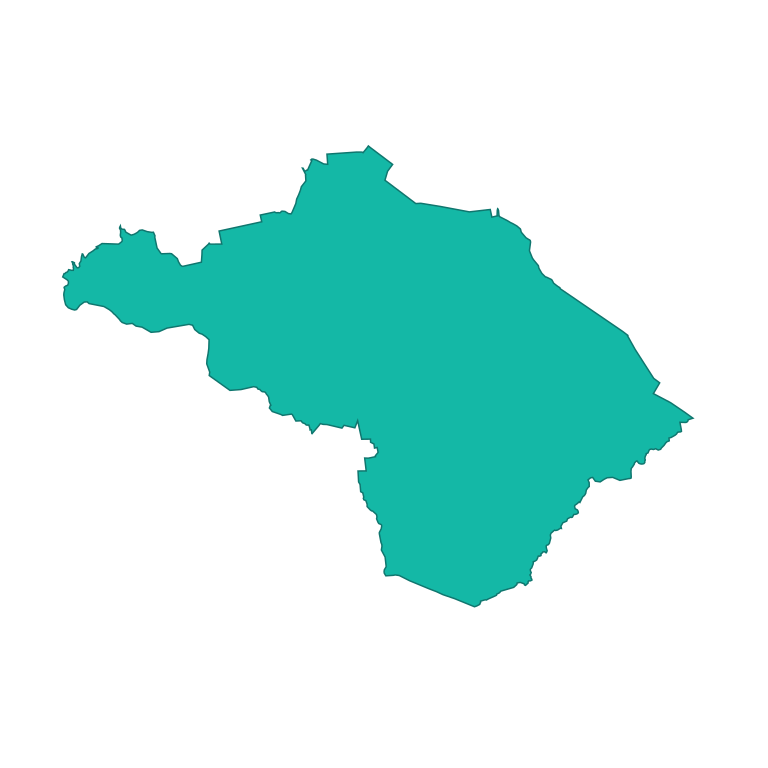 Meoqui, Chihuahua, Mexico (Mercator projection), rotated 168°
{"feature_id": "50627088B21598242186115", "entity_name": "Meoqui", "entity_type": "district", "adm_level": 2, "iso_a3": "MEX", "parent_name": "Mexico", "parent_adm1": "Chihuahua", "projection": "mercator", "projection_center": [-105.475, 28.358], "detail": "fine", "context": "isolated", "style": "filled", "palette": "teal", "viewbox_px": 768, "rotation_deg": 168, "n_neighbors": 0, "source": "geoboundaries", "source_scale": "gbopen_adm2", "svg_char_len": 6165}
<svg xmlns="http://www.w3.org/2000/svg" viewBox="0 0 768 768"><g transform="rotate(168 384 384)"><path d="M349.8,620.1L351.4,618.6L356.4,614.6L357.1,615.3L357.8,615.5L362.9,616.6L392.0,620.7L393.4,610.6L397.3,611.8L403.5,617.0L406.7,618.8L408.0,619.0L409.0,618.4L408.2,617.5L414.3,609.1L414.9,609.3L417.3,608.4L418.3,611.9L418.9,612.1L417.0,605.1L417.3,604.8L418.2,598.9L423.8,594.2L425.6,590.7L428.1,586.9L431.0,583.0L432.7,578.9L438.3,570.9L439.6,569.7L442.1,570.6L445.0,573.4L447.8,574.3L448.6,574.1L449.6,573.3L450.5,573.1L451.2,573.3L451.9,573.7L453.1,573.7L454.5,574.3L455.2,575.0L469.9,575.0L469.9,568.1L513.5,567.9L513.6,554.6L524.3,556.8L525.6,557.3L525.6,558.0L526.0,558.0L526.1,557.6L534.1,552.8L535.2,548.3L537.3,541.1L556.4,540.9L557.3,541.4L558.4,542.6L558.8,543.8L559.6,546.2L560.1,549.6L564.7,555.6L566.4,556.2L574.5,557.6L575.0,558.0L577.7,564.2L577.7,573.0L577.7,575.2L577.2,576.6L578.0,580.4L579.6,580.6L584.0,582.3L588.3,584.9L589.0,585.0L591.2,585.1L593.2,583.8L594.6,583.2L597.3,582.4L600.4,582.2L604.5,585.8L605.0,586.4L605.5,588.7L606.0,589.4L606.9,589.5L608.1,590.0L608.6,590.5L609.1,591.6L609.0,593.4L610.0,592.2L610.3,591.1L609.7,589.4L610.1,586.9L611.0,584.4L611.0,582.6L610.0,581.3L610.2,578.9L610.5,578.2L611.0,577.7L614.5,576.0L630.6,580.0L634.3,578.6L637.0,578.0L636.9,577.4L635.5,576.8L635.4,576.4L636.5,576.0L638.2,576.1L641.0,574.7L645.5,573.0L649.6,569.5L649.9,569.5L650.9,570.5L651.5,573.2L651.7,573.8L652.1,574.0L653.4,571.5L654.9,567.3L657.0,565.1L657.1,562.4L658.5,561.3L659.6,561.3L660.1,561.6L661.9,565.6L661.6,567.0L663.4,568.4L663.8,568.4L663.4,566.9L663.6,565.9L663.3,564.1L663.8,562.5L663.6,561.9L664.3,559.8L666.3,560.2L666.6,560.5L668.7,561.4L669.5,560.2L670.7,559.3L671.9,559.2L673.0,558.4L674.0,558.5L676.0,555.5L672.4,551.9L671.6,550.7L671.4,549.8L671.9,547.8L672.9,546.4L675.1,546.0L676.8,545.1L676.8,544.3L676.6,542.8L678.1,539.7L678.7,537.7L679.1,532.9L678.9,527.7L676.9,524.2L674.0,522.1L671.2,520.7L669.2,520.8L665.1,524.3L660.1,526.5L657.2,526.0L655.8,524.0L641.8,518.0L637.2,513.8L635.2,511.4L633.6,508.7L632.6,507.6L629.3,502.1L628.7,500.6L627.3,498.6L623.3,496.1L617.6,495.6L614.5,492.2L608.8,489.9L601.1,483.0L593.2,482.0L584.6,483.8L562.3,482.9L559.0,481.3L557.8,476.6L554.2,472.1L551.6,470.6L548.5,467.4L545.9,463.7L547.9,455.5L549.7,450.4L552.1,444.6L553.2,440.6L552.0,431.9L553.2,428.6L536.0,409.8L525.0,408.3L512.0,408.5L509.1,407.2L508.4,405.3L506.5,404.4L506.0,403.3L504.7,401.8L502.4,401.1L501.6,400.1L501.1,398.5L500.2,396.9L499.6,395.1L499.9,390.5L499.1,386.7L500.2,386.1L500.4,385.3L501.1,384.4L499.0,380.3L491.0,375.5L489.8,374.4L480.7,373.8L480.0,373.0L477.9,366.1L472.9,365.3L471.7,363.0L470.1,362.0L469.3,361.3L468.8,360.3L468.2,359.9L466.0,359.4L465.7,355.2L465.9,354.5L464.6,354.3L464.9,350.7L464.7,350.4L456.3,356.9L454.5,358.5L452.0,357.2L448.2,356.2L434.3,349.6L431.7,351.9L421.6,347.2L417.4,353.6L417.3,334.6L408.7,332.9L409.2,329.8L406.3,327.4L406.6,323.3L403.9,323.3L404.0,318.3L407.4,315.6L407.4,314.7L414.8,314.7L418.3,315.6L419.5,302.7L427.5,304.3L429.2,293.5L428.3,290.7L429.2,283.5L427.4,282.0L427.3,277.5L428.0,276.5L427.8,275.0L426.0,273.7L425.5,270.0L426.0,267.6L423.7,263.8L422.6,262.5L421.6,262.2L418.5,257.9L418.5,255.4L419.3,253.7L418.6,249.9L418.1,248.6L416.0,247.1L415.7,246.3L415.8,245.5L416.9,242.8L419.4,239.8L419.7,238.5L419.9,229.7L419.5,227.3L419.8,225.5L421.1,222.2L418.9,214.5L419.8,205.3L420.0,204.7L422.3,202.2L422.9,200.6L423.1,199.0L422.1,196.0L414.5,194.9L412.7,194.9L408.9,193.5L399.8,186.2L382.2,174.1L375.9,170.0L370.0,165.6L359.3,159.2L341.8,147.3L339.4,147.6L336.2,148.5L336.2,148.8L334.9,150.3L334.7,151.5L329.8,151.9L328.8,151.4L326.5,152.1L318.9,153.7L317.9,154.0L317.4,155.0L314.4,155.8L312.8,157.1L299.4,158.1L295.8,160.2L295.1,161.7L292.0,161.6L288.5,159.5L288.3,158.2L287.4,157.6L284.4,159.4L284.2,160.6L283.5,161.3L281.7,161.0L280.1,161.4L280.0,162.3L280.5,163.5L280.3,165.3L280.8,166.1L281.0,166.9L280.2,167.4L279.2,169.0L279.6,170.5L279.5,172.0L278.9,172.8L277.8,173.4L275.5,177.0L274.9,179.2L273.6,179.2L271.3,180.1L270.1,181.6L269.0,183.5L268.3,183.6L267.9,183.3L266.4,183.4L265.9,183.9L265.8,185.2L264.3,185.9L263.5,186.7L261.6,186.5L260.9,185.4L260.3,185.2L259.1,186.9L259.3,189.8L259.1,191.8L258.5,192.4L256.6,192.7L255.3,193.9L252.9,198.7L252.7,201.7L251.7,203.3L247.6,205.6L246.5,205.0L244.4,205.1L241.5,206.2L240.5,205.8L240.5,208.1L237.9,211.1L233.8,211.9L232.5,214.0L229.4,214.9L228.3,214.5L227.4,214.6L225.5,216.9L224.1,216.7L222.3,216.8L220.7,217.6L220.6,219.3L221.1,220.7L223.0,222.3L223.0,224.8L222.6,225.6L219.9,226.8L217.5,228.2L217.0,227.4L213.1,232.3L211.1,233.3L209.5,235.0L208.1,238.3L205.8,240.4L204.6,241.0L203.8,244.8L204.4,247.8L201.4,249.3L199.3,249.2L197.5,245.0L192.9,243.3L188.3,245.1L185.2,245.9L179.7,245.1L173.3,240.7L163.8,240.6L163.2,240.4L161.9,240.6L161.5,241.7L160.6,247.2L159.7,250.0L158.1,251.3L156.6,252.8L155.7,253.8L155.6,254.4L155.1,254.9L153.6,255.9L152.6,256.2L151.2,253.5L149.9,252.6L148.5,252.1L147.1,252.0L146.3,252.1L145.2,253.0L144.9,254.5L144.3,255.2L144.2,255.9L144.4,256.9L143.6,258.7L142.8,259.8L142.2,260.4L142.0,261.4L140.1,261.7L138.4,264.2L137.7,264.7L136.1,264.8L134.0,263.9L131.7,264.2L129.5,262.4L127.0,262.6L126.0,263.7L122.9,265.7L120.5,267.9L119.2,268.7L116.8,269.1L116.5,271.9L114.3,272.0L109.9,273.4L108.2,274.3L107.2,275.4L106.4,275.8L103.8,275.5L102.9,275.8L102.7,277.4L102.5,285.0L96.7,283.6L95.4,283.9L94.4,284.7L93.9,285.8L88.9,286.3L95.7,293.8L107.5,306.1L122.5,318.6L114.1,327.8L119.0,333.4L131.2,365.7L135.8,380.6L135.4,380.9L139.7,385.9L191.8,440.5L191.9,441.6L193.7,443.3L197.1,447.3L198.0,450.6L198.5,451.4L202.9,454.8L203.8,455.1L206.6,459.4L208.4,465.0L208.4,467.7L211.8,474.2L212.7,476.4L214.0,483.8L213.9,484.6L211.1,492.4L211.1,493.8L211.6,494.7L212.0,494.9L214.7,497.5L217.8,503.2L218.2,504.2L218.3,507.0L218.5,507.5L221.2,511.0L224.7,514.1L226.8,515.7L229.1,517.9L236.1,523.6L236.5,524.9L235.9,529.8L236.1,531.4L236.4,531.8L237.1,530.3L238.4,525.2L238.1,524.9L243.8,524.8L243.8,532.6L264.7,534.6L292.1,546.0L310.4,553.1L315.4,553.9L340.7,583.1L336.3,591.3L329.9,597.0L348.2,618.1L349.8,620.1Z" fill="#14b8a6" stroke="#0f766e" stroke-width="1.5"/></g></svg>